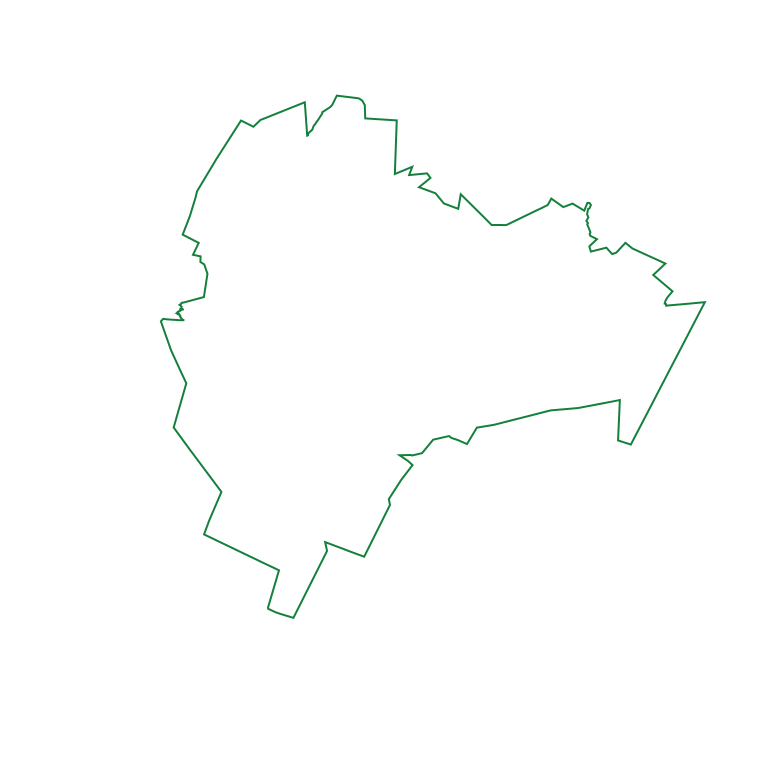 the district of Arizpe, Sonora, Mexico, rotated 116°
{"feature_id": "50627088B18728896927729", "entity_name": "Arizpe", "entity_type": "district", "adm_level": 2, "iso_a3": "MEX", "parent_name": "Mexico", "parent_adm1": "Sonora", "projection": "albers", "projection_center": [-110.149, 30.441], "detail": "fine", "context": "isolated", "style": "outline", "palette": "green", "viewbox_px": 768, "rotation_deg": 116, "n_neighbors": 0, "source": "geoboundaries", "source_scale": "gbopen_adm2", "svg_char_len": 4258}
<svg xmlns="http://www.w3.org/2000/svg" viewBox="0 0 768 768"><g transform="rotate(116 384 384)"><path d="M165.5,578.7L200.9,610.8L210.0,614.1L209.9,625.6L209.9,628.0L255.5,633.3L260.5,633.7L276.3,635.1L292.6,636.5L293.6,636.3L299.2,635.1L318.0,632.1L338.0,630.4L338.4,612.4L351.6,612.3L349.7,604.8L354.8,602.5L355.3,598.0L362.3,591.0L384.8,584.0L398.8,600.0L399.1,600.6L399.5,601.1L399.6,601.3L399.8,601.3L400.0,601.3L400.3,601.4L400.3,601.5L400.5,601.5L400.9,601.5L401.1,601.5L401.3,601.7L401.5,601.8L401.9,602.1L402.0,602.1L402.3,602.3L402.5,602.5L402.6,602.4L402.5,602.2L402.4,602.0L402.4,601.8L402.4,601.6L402.5,601.4L402.6,601.2L402.9,600.8L403.1,600.5L403.1,600.3L403.1,600.2L403.3,599.8L403.5,599.9L403.8,599.8L404.1,599.7L404.5,599.5L405.0,599.3L405.1,599.2L405.2,598.9L405.3,598.9L405.3,598.7L405.2,598.5L405.3,598.4L405.3,598.2L405.1,598.0L405.2,597.9L405.3,597.9L405.3,597.7L405.2,597.5L405.2,597.4L405.3,597.4L405.4,597.6L405.5,597.8L405.6,598.0L405.8,598.2L405.9,598.4L406.0,598.6L406.1,598.8L406.0,599.0L406.1,599.3L406.1,599.5L406.1,599.8L406.3,599.7L406.3,599.4L406.3,599.2L406.5,599.0L406.7,598.9L406.8,599.0L407.0,599.2L407.1,599.3L407.2,599.5L407.3,599.6L407.5,599.7L407.8,599.5L408.1,599.9L408.3,600.0L408.5,600.2L408.7,600.3L408.8,600.4L408.9,600.5L409.1,600.5L409.3,600.6L409.4,600.8L409.5,600.9L409.6,601.0L409.9,601.1L410.0,601.1L410.1,600.9L409.9,600.8L409.9,600.7L410.0,600.6L410.1,600.4L410.2,600.5L410.3,600.6L410.4,600.3L410.4,600.2L410.5,600.1L410.7,599.9L410.8,599.8L410.9,599.7L411.0,599.7L411.0,599.8L411.1,600.1L411.2,600.3L411.1,600.7L411.1,600.8L411.3,601.0L411.3,600.8L411.3,600.7L411.5,600.5L411.5,600.4L411.4,600.3L411.4,600.1L411.7,599.8L411.7,599.7L411.6,599.3L411.6,598.7L411.6,598.4L411.4,598.5L411.3,598.4L411.2,598.4L411.3,598.2L411.5,598.0L411.8,597.7L412.0,597.3L412.1,597.2L412.2,596.8L412.3,596.8L412.3,596.7L412.5,596.6L412.8,596.4L413.1,596.3L413.2,596.2L413.3,596.2L413.5,595.8L413.6,595.7L413.6,595.4L413.6,595.2L413.7,594.9L413.8,594.7L414.0,594.3L414.1,594.1L414.2,593.9L414.3,593.6L414.4,593.3L414.4,593.2L414.5,593.0L414.5,592.9L414.5,592.6L414.5,592.4L414.4,592.2L414.3,591.7L414.2,591.4L416.2,595.5L421.1,607.6L422.2,611.0L425.5,612.0L447.2,590.0L448.7,588.1L449.5,587.2L462.7,571.1L470.0,562.0L513.5,554.3L515.3,554.0L527.9,530.1L552.2,482.9L554.1,482.7L583.0,481.3L598.1,479.8L597.8,433.7L597.7,415.4L597.5,396.7L636.0,390.2L636.8,389.6L636.7,381.6L636.1,376.6L633.9,362.9L559.0,362.0L551.9,367.6L549.2,338.6L547.9,326.1L490.1,325.6L485.3,329.2L462.6,326.5L451.8,324.3L444.4,322.8L442.7,328.5L441.2,338.8L436.0,328.7L436.0,327.5L429.5,319.5L412.5,315.4L402.3,302.8L402.9,299.8L402.0,292.9L401.6,283.1L382.5,281.4L372.6,267.4L357.9,250.1L334.7,222.7L320.7,199.3L301.6,173.7L295.0,165.0L332.1,148.9L331.9,147.3L330.2,135.6L293.2,134.6L259.4,133.8L258.8,133.7L257.0,133.7L243.7,133.4L218.5,132.7L218.2,132.7L170.7,131.5L169.8,131.5L179.3,147.1L189.9,164.8L188.5,165.7L188.7,167.0L185.6,167.5L181.7,167.2L174.2,165.3L168.0,189.8L152.4,183.9L153.3,220.0L151.3,228.9L164.1,232.8L167.2,235.8L164.0,243.9L174.3,256.1L170.3,259.8L160.5,256.1L160.4,263.4L159.3,264.8L157.1,265.0L151.3,271.4L150.0,271.2L148.6,273.6L144.7,273.3L142.4,275.9L137.3,277.3L136.0,276.3L132.4,276.5L131.2,278.5L132.0,280.6L140.4,280.0L139.2,293.6L146.4,300.4L144.0,314.9L151.4,315.3L153.5,317.0L156.7,319.4L161.0,322.9L181.0,338.6L187.5,343.7L193.9,357.0L191.1,364.9L179.8,398.2L194.0,394.1L195.5,409.3L190.0,421.3L191.8,438.8L178.4,432.6L175.8,437.6L185.2,453.0L176.4,453.8L190.5,466.3L141.5,488.1L153.5,517.3L141.8,523.5L138.8,527.8L138.6,530.0L138.4,530.5L138.4,532.2L145.5,552.8L156.1,552.9L158.6,553.7L166.8,558.6L167.9,558.1L176.3,559.1L177.3,559.3L178.2,559.5L179.0,559.7L179.6,559.7L180.2,559.7L180.5,559.7L180.7,559.8L180.9,559.8L181.1,559.9L181.6,560.1L181.8,560.2L182.0,560.2L182.4,560.3L183.0,560.3L183.8,560.3L184.5,560.2L185.6,560.1L186.1,560.0L186.4,560.0L186.7,559.9L186.8,560.0L187.1,560.1L187.8,560.3L188.0,560.4L188.3,560.5L189.5,561.0L190.1,561.3L191.1,561.7L191.3,561.8L191.6,561.9L191.8,561.9L192.1,561.8L192.4,561.8L192.6,561.7L192.9,561.6L193.2,561.5L193.7,561.4L193.8,561.4L193.9,561.5L194.1,561.6L194.3,561.7L194.5,561.9L185.8,566.9L165.5,578.7Z" fill="none" stroke="#15803d" stroke-width="2"/></g></svg>